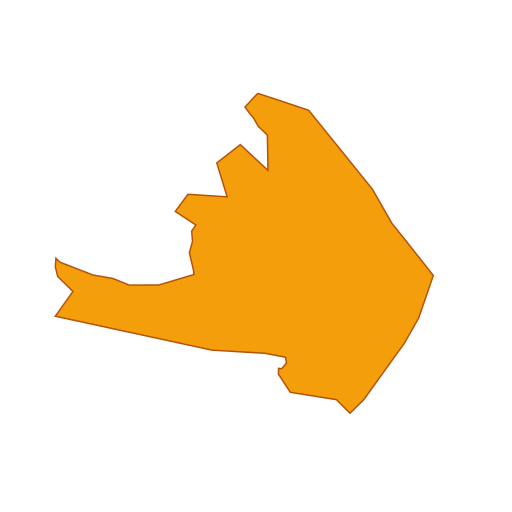 the district of Miquihuana, Tamaulipas, Mexico, rotated 120°
{"feature_id": "50627088B38800884895264", "entity_name": "Miquihuana", "entity_type": "district", "adm_level": 2, "iso_a3": "MEX", "parent_name": "Mexico", "parent_adm1": "Tamaulipas", "projection": "albers", "projection_center": [-99.777, 23.588], "detail": "fine", "context": "isolated", "style": "filled", "palette": "amber", "viewbox_px": 512, "rotation_deg": 120, "n_neighbors": 0, "source": "geoboundaries", "source_scale": "gbopen_adm2", "svg_char_len": 973}
<svg xmlns="http://www.w3.org/2000/svg" viewBox="0 0 512 512"><g transform="rotate(120 256 256)"><path d="M166.5,137.3L159.8,154.6L153.7,165.0L140.0,188.5L121.3,236.9L114.9,253.6L111.7,261.8L111.6,262.1L103.5,283.2L106.4,297.8L112.7,328.3L114.2,335.5L115.7,336.2L132.6,340.0L135.7,332.7L137.8,327.0L142.6,318.8L145.6,306.6L175.9,288.4L167.4,325.3L195.0,336.5L219.2,310.6L236.6,345.8L238.5,346.0L240.1,346.2L257.8,348.2L259.2,323.5L266.5,324.2L275.1,318.3L286.5,315.3L299.6,303.0L303.0,300.4L329.7,325.7L344.6,351.2L347.0,368.7L354.0,387.8L359.4,422.7L358.0,428.1L365.9,424.3L366.9,423.2L367.9,422.3L372.9,417.5L378.2,396.8L408.5,399.7L359.6,247.2L335.8,199.6L328.9,179.8L333.5,176.1L340.8,177.4L342.0,180.3L347.1,177.5L356.9,158.1L340.2,114.5L345.2,96.0L341.6,95.0L340.9,94.8L326.4,90.8L305.2,88.7L276.0,85.8L257.7,83.9L242.2,84.0L231.6,84.1L228.5,84.1L205.2,88.6L199.6,89.7L184.3,92.7L183.7,94.0L166.5,137.3Z" fill="#f59e0b" stroke="#b45309" stroke-width="1.5"/></g></svg>